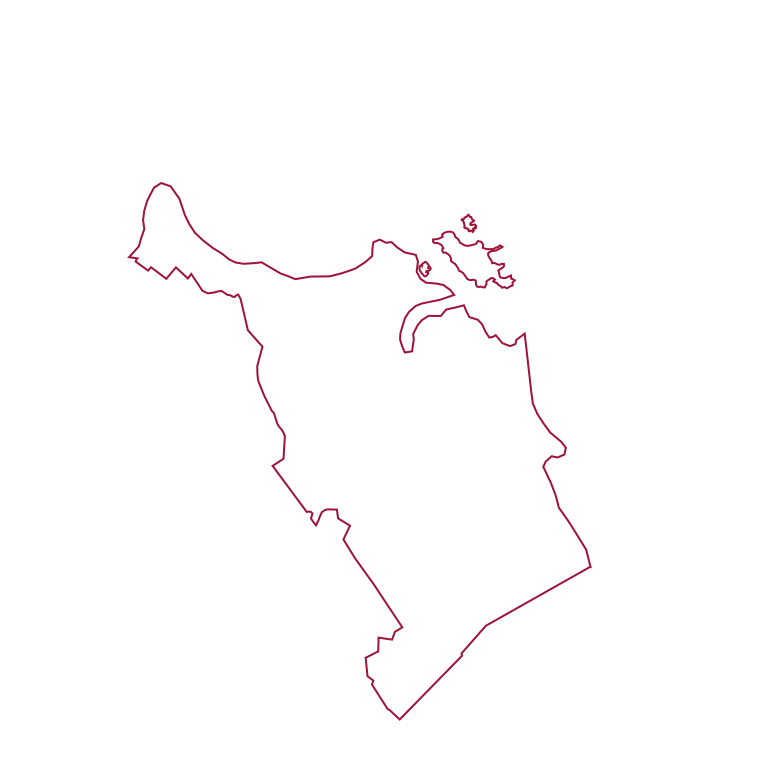 Manjung, Perak, Malaysia (orthographic projection), rotated 147°
{"feature_id": "92858781B15023786189250", "entity_name": "Manjung", "entity_type": "district", "adm_level": 2, "iso_a3": "MYS", "parent_name": "Malaysia", "parent_adm1": "Perak", "projection": "orthographic", "projection_center": [100.622, 4.278], "detail": "fine", "context": "isolated", "style": "outline", "palette": "rose", "viewbox_px": 768, "rotation_deg": 147, "n_neighbors": 0, "source": "geoboundaries", "source_scale": "gbopen_adm2", "svg_char_len": 5604}
<svg xmlns="http://www.w3.org/2000/svg" viewBox="0 0 768 768"><g transform="rotate(147 384 384)"><path d="M430.3,125.8L311.2,118.4L310.5,117.9L304.7,134.8L304.1,161.1L304.1,170.9L304.7,185.0L301.0,196.0L298.0,209.4L295.5,227.8L290.6,230.9L282.7,232.1L278.4,227.8L271.1,226.6L266.2,231.5L266.8,238.8L271.1,252.9L271.7,264.5L271.7,275.5L269.8,286.5L264.3,298.2L254.5,317.7L238.6,349.6L249.0,348.9L252.1,345.9L257.6,347.1L262.5,353.8L263.7,364.2L266.8,364.2L270.4,365.5L270.4,372.8L269.2,380.8L270.4,386.9L276.0,393.6L275.3,400.3L274.1,406.5L281.5,408.9L291.3,412.6L299.2,410.1L309.6,416.9L317.6,416.9L323.7,415.0L332.3,410.1L334.7,405.2L342.7,396.1L349.4,399.1L348.2,405.9L346.3,412.6L342.7,417.5L337.8,421.8L330.4,427.9L323.7,430.9L315.1,432.2L308.4,430.9L291.3,424.2L276.6,420.5L277.2,426.7L280.2,434.6L285.1,439.5L293.7,446.2L296.1,452.4L295.5,460.3L288.8,468.3L287.0,475.0L294.9,483.0L298.6,491.5L300.4,498.9L305.3,501.3L309.0,507.4L315.7,508.7L320.0,503.8L324.3,497.7L333.5,496.4L345.1,496.4L353.1,498.3L359.8,500.1L370.8,503.8L387.3,514.2L401.4,520.3L405.1,525.8L410.6,533.1L413.7,539.3L420.4,552.7L427.7,556.4L436.3,561.3L442.4,566.8L446.1,572.9L448.6,580.9L453.5,591.3L457.7,603.5L460.2,613.9L460.2,624.3L459.0,634.1L454.7,650.7L455.3,666.0L461.4,673.9L466.3,673.9L470.0,673.9L475.5,670.9L482.8,666.6L490.8,659.8L496.9,652.5L500.6,644.5L509.2,637.8L514.7,632.9L528.7,629.2L522.3,623.6L524.1,623.1L525.6,621.9L520.1,607.6L515.8,608.8L509.3,590.8L495.0,595.1L491.0,579.3L485.7,581.3L485.5,561.2L483.7,558.0L482.2,555.9L479.7,554.7L476.9,553.4L472.4,551.9L469.7,550.7L468.4,547.9L466.9,544.2L464.4,541.9L463.4,539.7L461.9,538.4L458.6,538.9L457.6,538.4L457.9,533.6L468.9,503.1L465.6,481.5L480.4,468.2L484.7,461.4L487.7,455.4L490.9,439.1L492.7,422.8L492.2,419.3L495.2,408.5L495.2,405.0L494.7,402.0L494.7,399.3L495.4,394.5L509.0,376.0L522.0,376.0L518.5,318.8L516.7,318.1L515.0,316.6L514.5,314.3L517.0,312.3L518.5,310.8L518.5,307.8L518.0,302.5L512.5,305.8L510.0,307.8L506.0,310.3L502.4,310.5L499.4,309.5L491.9,304.3L495.7,296.3L489.7,283.7L502.7,275.7L503.2,253.4L501.7,221.8L501.4,190.0L501.2,170.0L509.9,170.2L516.4,165.2L526.7,174.2L534.5,162.9L548.5,164.4L557.0,147.9L554.5,141.1L557.8,138.4L558.0,109.3L556.8,107.3L553.6,94.1L466.6,113.6L465.8,115.8L430.4,125.7L430.3,125.8ZM222.4,396.6L220.9,399.2L217.9,399.7L218.9,402.0L219.9,403.0L219.4,404.3L218.4,405.8L221.2,406.3L224.0,406.6L226.0,407.6L228.3,410.1L228.3,411.1L227.8,412.9L227.0,414.2L226.5,416.2L226.3,417.0L223.2,417.0L221.7,417.0L219.1,417.5L218.1,419.5L220.2,420.8L221.9,421.0L223.2,421.8L224.0,423.1L225.5,425.4L227.5,426.4L226.8,428.4L226.8,430.7L226.8,434.0L226.0,436.6L224.0,437.3L222.2,437.1L217.1,434.8L215.1,434.8L212.8,434.5L210.0,434.5L211.3,437.1L213.5,436.8L217.1,437.6L218.9,437.6L222.4,439.9L224.0,440.9L225.7,442.7L227.0,444.4L225.0,446.7L225.0,448.8L225.0,450.3L227.5,452.8L230.6,451.3L234.4,452.6L237.2,453.6L239.5,454.9L241.2,456.9L242.0,458.7L243.3,461.0L243.0,463.2L243.0,465.5L243.8,467.3L244.0,469.3L243.5,470.4L243.5,473.2L244.8,475.2L247.6,477.0L251.4,478.0L254.0,477.5L254.7,475.5L258.5,476.0L260.8,476.7L264.1,478.5L265.4,476.5L264.6,474.4L262.3,473.2L261.3,471.4L260.3,469.9L260.1,467.8L260.3,465.5L261.8,465.3L262.6,463.8L262.6,461.7L260.8,460.7L259.8,458.7L259.0,456.1L259.3,453.3L260.8,450.8L260.1,448.5L259.0,446.0L258.8,443.9L258.8,441.4L259.3,438.1L258.0,435.8L257.3,434.3L257.0,430.5L257.0,426.9L255.5,424.4L253.5,423.3L251.9,422.6L250.7,420.8L251.7,419.0L252.7,417.2L252.9,415.0L251.2,413.4L249.6,412.9L248.4,411.1L246.6,410.1L245.3,411.1L243.5,412.2L242.8,413.4L242.3,414.2L240.2,414.4L238.5,414.4L236.4,414.4L234.9,413.4L234.1,411.1L236.4,410.6L235.1,408.1L234.1,407.1L234.4,405.8L233.4,403.5L232.6,401.5L232.6,400.5L230.1,399.7L229.3,398.2L228.5,397.2L225.0,397.2L222.4,396.6ZM229.4,465.6L228.8,465.4L228.0,465.3L227.3,465.2L226.7,464.7L226.8,464.1L226.8,463.3L225.7,463.3L225.3,463.6L225.0,464.1L225.0,464.5L225.0,465.2L224.8,465.6L223.7,465.8L223.3,465.7L223.2,464.9L222.8,464.7L222.3,464.7L221.9,464.7L221.8,465.1L221.8,465.9L221.6,466.1L221.0,466.2L220.6,466.4L220.9,466.9L220.8,467.8L220.8,468.1L221.3,468.5L222.0,468.7L222.4,469.1L223.2,469.3L224.0,469.7L224.6,470.1L224.8,470.6L224.5,471.3L224.0,471.6L223.4,471.7L222.8,471.8L222.0,471.8L220.6,471.7L220.1,471.6L219.6,471.8L219.6,472.2L219.7,472.7L220.0,473.1L220.3,473.7L220.4,474.5L220.4,475.2L220.1,475.7L219.9,476.1L220.0,476.6L220.5,477.0L221.0,477.5L221.0,478.2L220.9,478.9L220.8,479.5L221.0,480.0L221.5,479.9L222.2,479.9L222.8,479.5L223.6,479.4L224.2,479.4L224.8,479.6L225.4,479.7L225.9,479.7L226.3,479.3L226.6,479.0L227.2,478.9L227.8,478.9L228.1,479.3L228.3,479.4L229.0,479.7L229.5,479.5L229.4,478.7L228.8,477.9L229.0,477.1L229.0,476.5L229.0,475.9L229.3,475.5L229.6,474.9L229.7,474.1L230.0,473.5L230.2,472.9L230.6,472.3L231.4,471.6L230.7,469.9L230.1,469.9L229.9,469.7L229.6,469.2L229.4,468.8L229.1,468.3L229.0,467.6L229.0,467.2L229.2,466.7L229.6,466.5L229.6,466.1L229.4,465.6ZM291.7,454.7L291.7,453.5L291.3,452.3L290.6,451.7L288.7,451.8L288.1,452.0L287.3,452.4L286.5,452.8L286.4,453.2L286.7,453.8L286.9,454.1L287.7,454.8L287.1,455.5L286.3,455.2L285.9,455.0L285.0,454.6L284.3,454.6L283.3,454.6L282.1,455.2L281.8,455.8L281.8,456.4L282.1,456.8L282.9,457.0L283.7,456.9L283.9,457.3L283.4,457.8L282.5,457.9L282.0,458.0L281.8,458.6L281.9,459.4L281.9,460.1L282.0,461.6L282.5,463.8L283.0,464.0L283.8,463.9L284.7,463.9L285.5,464.0L286.3,463.9L286.9,463.4L287.1,462.9L287.8,462.3L287.7,462.8L287.7,463.4L288.5,463.4L289.3,463.4L290.0,463.2L290.9,462.2L292.1,460.0L292.1,457.0L291.7,454.7Z" fill="none" stroke="#9f1239" stroke-width="2"/></g></svg>